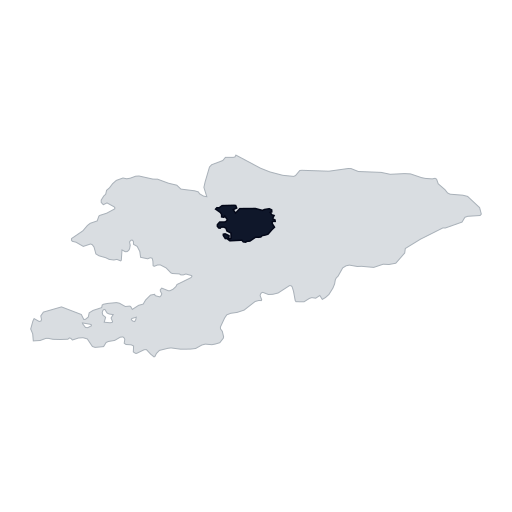 Jumgal, Naryn, Kyrgyzstan (highlighted)
{"feature_id": "92254566B27312472706206", "entity_name": "Jumgal", "entity_type": "district", "adm_level": 2, "iso_a3": "KGZ", "parent_name": "Kyrgyzstan", "parent_adm1": "Naryn", "projection": "robinson", "projection_center": [74.373, 41.867], "detail": "fine", "context": "in_parent", "style": "filled", "palette": "ink", "viewbox_px": 512, "rotation_deg": 0, "n_neighbors": 0, "source": "geoboundaries", "source_scale": "gbopen_adm2", "svg_char_len": 4606}
<svg xmlns="http://www.w3.org/2000/svg" viewBox="0 0 512 512"><path d="M102.2,305.0L103.6,304.2L107.9,303.4L116.5,302.6L119.4,303.2L125.3,306.5L129.8,306.1L130.7,306.6L132.3,309.4L138.7,305.3L143.2,304.1L145.6,300.0L150.5,295.1L154.7,294.3L154.8,295.1L155.6,295.8L159.8,296.9L161.1,295.6L161.8,293.8L160.3,291.0L160.3,289.8L161.7,288.1L168.5,290.8L170.0,290.7L173.1,289.2L175.9,286.6L177.0,284.5L190.9,277.7L191.9,276.5L191.7,275.6L185.9,274.0L183.3,274.9L180.8,274.9L179.4,273.9L172.3,273.5L170.8,272.8L166.1,267.9L160.3,264.9L157.5,265.0L154.2,266.3L153.1,265.7L152.9,261.1L152.2,258.3L150.3,257.7L147.7,258.8L140.6,257.3L139.8,251.5L137.2,246.4L133.5,244.3L133.4,241.3L132.1,240.0L130.9,240.3L129.5,241.9L130.2,245.3L129.6,248.7L128.7,250.4L127.1,251.6L125.2,251.7L122.0,249.9L121.3,260.2L120.7,260.9L116.9,259.4L113.8,260.0L109.2,259.4L105.7,257.7L99.0,255.8L95.9,253.9L94.0,247.0L92.2,244.6L90.5,244.0L83.3,246.4L76.0,242.2L72.3,241.3L71.4,240.1L71.6,238.5L82.9,230.8L87.4,225.5L90.2,223.3L97.2,220.9L98.9,216.1L99.5,215.5L106.7,213.2L114.7,208.9L114.9,207.8L114.1,206.8L107.0,202.9L103.3,204.7L101.2,202.4L101.2,200.1L103.7,196.1L105.7,194.2L106.6,190.3L109.5,187.8L112.6,183.7L116.3,180.4L123.0,178.0L126.7,178.8L130.2,178.2L135.7,176.2L139.0,176.0L152.9,179.1L157.6,179.2L168.4,183.2L176.8,185.2L180.9,189.1L194.6,190.8L198.3,191.9L199.6,193.8L203.5,196.1L206.8,196.7L203.9,187.4L205.1,182.0L209.5,167.0L211.7,164.7L222.8,160.5L225.4,157.4L233.3,157.4L235.0,156.9L235.9,155.1L260.5,168.2L269.8,171.9L282.7,175.3L293.6,176.4L295.5,175.6L299.8,170.5L301.9,170.3L328.9,171.2L348.3,168.5L351.1,168.6L358.3,171.5L381.2,172.4L390.2,174.3L404.5,173.6L410.5,173.9L421.4,177.6L425.2,178.4L432.3,178.9L435.0,178.3L436.6,179.2L438.2,183.8L445.0,189.7L447.5,192.9L450.1,194.2L462.8,195.2L467.6,196.4L479.6,207.6L481.3,214.1L480.1,215.5L467.7,216.3L464.9,217.3L462.0,222.1L445.3,228.0L442.9,227.9L420.6,239.1L405.3,248.5L404.7,253.0L395.8,263.2L389.0,264.5L383.2,264.2L373.7,267.4L361.5,266.3L357.4,266.5L349.4,265.1L346.1,265.8L342.7,267.9L338.1,276.1L336.2,278.0L335.3,279.9L334.6,283.9L332.9,288.1L328.9,294.5L325.5,297.5L322.3,299.4L319.8,295.5L315.7,298.2L311.8,297.6L309.4,298.4L304.0,301.8L296.0,301.7L295.2,300.5L293.5,291.2L292.1,286.7L291.0,285.7L289.5,285.6L278.1,293.0L272.8,294.3L268.4,294.5L262.7,292.3L261.4,292.9L260.5,294.1L260.1,295.6L261.7,299.7L261.3,300.6L258.7,300.5L255.1,301.5L244.1,310.1L237.1,312.4L230.7,313.3L226.8,314.8L224.6,318.0L220.4,327.0L220.5,328.9L222.3,331.3L223.6,336.8L223.3,338.2L219.8,342.7L215.4,344.0L211.9,344.7L205.3,344.1L201.9,345.0L195.6,348.5L190.4,349.1L180.6,349.2L171.0,347.9L167.9,348.3L159.4,350.4L156.4,353.5L154.9,356.5L154.0,356.9L150.7,354.2L146.4,349.6L144.2,349.7L136.6,353.4L135.4,353.3L133.3,351.9L133.6,346.0L131.2,344.8L126.0,344.5L124.2,343.2L124.8,339.4L124.2,338.0L122.9,336.9L120.2,337.2L114.7,340.4L108.3,341.5L106.1,342.5L103.6,346.6L95.1,347.4L92.4,346.5L87.3,338.9L83.0,337.7L78.5,338.0L72.4,340.0L70.9,338.4L69.4,337.9L67.9,339.2L60.5,339.5L52.9,339.3L48.6,338.4L45.8,338.4L40.1,340.5L33.3,340.9L32.7,333.8L30.7,329.0L32.9,321.1L34.1,318.6L39.2,321.5L41.0,321.0L41.5,319.5L40.8,315.9L43.4,312.1L61.5,306.9L81.3,314.5L83.8,319.5L85.5,319.3L88.3,317.0L89.2,312.8L93.1,310.4L101.7,307.6L102.2,305.0ZM112.2,322.4L112.6,321.7L111.1,318.0L113.2,314.6L109.2,314.0L107.1,313.0L104.9,309.5L104.1,309.4L102.9,310.3L102.2,312.6L102.8,315.0L105.6,317.3L104.2,322.2L110.1,322.8L112.2,322.4ZM91.4,325.8L91.3,324.7L89.9,324.2L82.4,322.9L82.7,323.9L85.5,327.5L87.7,327.7L91.4,325.8ZM135.8,319.5L136.3,317.2L131.8,318.5L131.3,319.7L132.8,321.1L134.7,321.6L135.8,319.5Z" fill="#d9dde1" stroke="#a8b0b8" stroke-width="1"/><path d="M219.7,222.0L217.4,224.6L217.3,226.2L218.7,228.0L220.2,228.2L221.2,227.1L223.9,227.1L226.0,228.2L226.9,231.0L231.0,233.1L231.0,238.3L229.9,238.9L228.3,237.8L229.0,237.0L229.0,235.6L225.1,233.8L223.3,234.2L223.3,235.5L225.3,238.6L227.0,238.6L229.8,240.8L241.8,240.2L243.3,241.9L245.8,242.2L246.5,241.4L249.9,241.1L255.6,237.2L258.5,237.3L260.8,237.0L262.2,235.6L265.0,235.1L268.0,234.2L271.9,229.7L274.5,227.2L272.3,223.7L272.2,223.6L272.2,222.1L272.2,221.9L273.3,221.4L275.2,221.4L275.0,219.9L272.9,219.0L273.0,217.7L274.1,215.5L271.8,214.8L270.2,212.4L271.8,211.9L271.7,209.9L269.3,208.7L264.4,209.5L262.5,210.4L255.4,208.5L239.8,208.6L235.6,213.1L233.2,209.7L236.7,208.0L235.7,205.5L234.1,205.3L222.1,205.6L219.1,207.8L216.9,207.7L215.6,209.1L220.4,212.5L221.6,214.4L221.6,216.9L223.9,217.3L224.8,216.0L227.5,219.9L225.6,221.8L225.1,221.8L224.6,222.0L219.7,222.0Z" fill="#0f172a" stroke="#020617" stroke-width="1.5"/></svg>